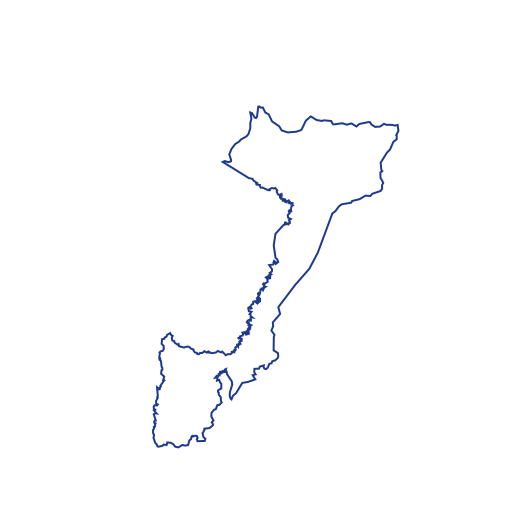 Pinogana, Darién, Panama (Albers equal-area conic projection), rotated 234°
{"feature_id": "35544464B85836861885504", "entity_name": "Pinogana", "entity_type": "district", "adm_level": 2, "iso_a3": "PAN", "parent_name": "Panama", "parent_adm1": "Darién", "projection": "albers", "projection_center": [-77.802, 8.304], "detail": "fine", "context": "isolated", "style": "outline", "palette": "blue", "viewbox_px": 512, "rotation_deg": 234, "n_neighbors": 0, "source": "geoboundaries", "source_scale": "gbopen_adm2", "svg_char_len": 6098}
<svg xmlns="http://www.w3.org/2000/svg" viewBox="0 0 512 512"><g transform="rotate(234 256 256)"><path d="M244.1,141.2L244.4,137.5L243.3,136.2L243.8,134.3L242.9,133.2L243.9,131.1L240.4,128.0L237.5,128.4L234.8,126.6L234.1,124.7L234.9,122.7L234.7,121.2L233.6,121.0L231.7,118.8L229.4,118.2L229.9,117.5L228.7,117.0L227.0,117.4L221.8,114.5L220.3,114.4L219.0,113.3L219.1,112.3L216.4,110.0L212.5,110.9L211.0,109.0L209.8,108.8L210.3,108.2L209.7,107.4L208.9,107.5L207.3,102.5L206.3,102.3L206.2,101.1L204.8,99.8L205.4,98.7L206.3,99.3L208.0,98.8L200.6,94.4L199.9,93.1L199.0,93.2L197.7,90.3L196.2,89.0L195.2,88.6L193.6,89.3L193.3,88.0L194.9,86.1L194.1,84.5L192.6,83.7L190.9,84.1L191.2,82.7L187.1,83.0L187.8,82.4L188.1,80.3L181.8,78.2L182.3,77.2L181.8,76.3L181.1,75.8L179.8,76.3L179.7,75.4L178.4,75.1L177.4,74.0L177.8,72.9L176.3,72.1L175.8,70.4L172.9,68.5L171.3,68.4L169.1,66.2L164.3,64.7L161.3,64.9L160.0,64.4L159.0,65.0L157.4,68.8L157.7,70.5L155.6,72.5L157.3,74.7L155.0,77.2L152.6,78.4L149.1,78.6L146.8,80.7L146.4,85.4L144.5,86.9L142.9,89.9L146.0,93.7L146.0,95.8L147.8,97.7L147.9,98.7L147.0,99.0L147.1,99.9L145.3,102.3L143.3,102.0L142.6,100.4L140.5,99.9L136.5,105.8L137.8,107.6L140.4,107.1L144.1,108.6L145.4,111.9L146.7,112.7L144.1,117.3L144.4,121.5L145.1,122.3L147.5,122.5L147.8,124.8L152.6,125.6L155.3,127.9L156.3,131.8L155.7,133.4L158.1,137.1L157.1,138.7L157.7,142.2L159.5,142.5L162.7,144.6L165.8,144.3L167.0,145.4L168.6,145.4L169.6,146.5L169.2,150.0L173.1,152.9L174.3,152.6L177.4,153.4L178.1,151.2L180.5,153.8L181.5,151.5L182.2,153.9L180.8,156.3L181.6,157.0L182.5,156.8L182.4,158.0L183.4,158.9L182.8,159.8L181.5,159.1L181.3,161.3L181.9,160.9L182.5,161.4L181.5,162.9L181.1,161.8L180.1,163.0L182.4,163.7L182.6,163.2L182.2,165.2L181.5,164.3L179.8,164.3L177.4,163.1L168.8,162.7L165.9,161.2L161.4,155.1L158.5,152.6L155.7,151.6L154.4,151.9L156.4,155.0L156.8,159.5L161.4,170.3L158.9,175.3L156.6,182.9L161.5,183.3L160.5,186.1L163.1,186.3L165.6,188.4L163.1,192.3L164.3,194.0L162.9,198.0L161.9,196.9L159.9,196.6L158.6,197.7L158.8,200.0L160.9,203.3L160.1,205.5L161.3,207.4L160.3,209.9L160.6,213.4L161.7,215.0L164.5,216.7L169.3,214.8L179.9,222.7L181.3,224.6L186.6,224.6L189.1,228.6L192.4,230.6L194.9,241.4L201.5,244.0L209.6,270.8L214.3,291.6L222.4,308.0L245.5,342.7L245.6,346.6L247.4,352.1L247.4,355.8L243.2,364.3L244.0,366.1L241.1,373.2L240.5,380.0L237.3,383.9L238.0,386.6L235.4,394.9L236.1,397.4L239.3,399.7L240.4,402.0L246.1,402.7L250.5,405.7L250.4,408.0L252.2,408.1L258.2,411.7L262.7,422.8L263.4,427.1L267.6,434.2L267.7,438.4L270.6,440.5L271.3,440.4L273.4,444.7L278.8,447.6L279.8,445.1L282.1,443.2L285.6,438.5L287.7,437.3L287.8,432.4L290.5,428.2L294.6,426.7L297.1,426.9L298.3,425.6L302.1,417.1L301.7,413.4L307.2,411.1L308.8,406.7L312.7,403.8L316.7,396.3L317.9,395.7L321.0,396.2L325.6,391.0L326.7,388.5L330.5,384.9L336.7,382.4L336.2,375.9L331.5,367.2L331.5,366.0L333.0,361.4L337.3,354.4L342.5,350.6L347.3,351.0L355.4,348.1L363.1,349.5L366.6,347.9L372.1,348.8L373.1,347.1L375.1,346.6L375.5,345.6L368.3,338.9L367.6,337.2L368.4,336.4L374.2,336.7L375.5,335.7L369.9,333.1L367.0,329.6L362.7,326.5L359.0,321.4L358.4,318.4L359.1,312.1L358.5,309.6L358.8,305.0L357.0,299.1L353.9,294.1L348.3,292.3L347.3,291.4L348.1,288.9L351.2,286.5L351.6,284.4L323.2,296.0L320.4,298.6L318.5,298.3L314.4,299.8L314.3,298.6L313.5,298.4L311.2,300.9L310.4,300.1L308.3,300.1L307.8,301.3L301.9,304.7L301.2,305.7L302.1,306.1L301.6,308.9L300.0,310.2L299.7,311.6L296.5,311.7L295.9,310.5L292.9,310.0L291.7,310.6L291.2,313.1L289.5,312.2L289.4,311.0L290.1,310.8L289.7,309.9L287.8,309.8L287.5,310.8L285.9,311.7L285.6,310.9L286.1,310.6L285.1,310.2L284.9,312.7L283.9,312.7L283.8,311.3L283.1,311.2L281.7,312.1L282.2,312.8L281.9,314.4L280.4,314.2L281.1,315.2L279.9,315.2L279.7,313.8L278.3,314.6L278.7,315.1L277.3,316.7L275.8,315.6L276.5,314.8L275.4,315.2L275.7,314.3L273.5,311.9L271.4,310.8L271.6,310.0L272.6,311.0L273.3,310.4L273.1,308.9L270.8,308.2L270.7,306.4L269.9,305.3L267.9,304.5L265.5,305.9L265.6,303.7L263.9,303.6L263.6,302.6L262.8,302.7L262.6,300.7L265.7,299.8L266.0,299.2L265.5,298.6L263.9,299.2L264.9,296.4L262.5,284.8L254.2,276.6L243.0,270.7L241.1,271.2L238.1,270.5L238.0,267.5L239.6,268.3L241.4,267.7L240.5,266.4L239.4,267.0L239.1,264.7L240.9,261.3L235.7,261.2L234.1,259.6L234.2,257.1L232.3,257.5L232.9,255.4L231.2,253.9L231.0,255.4L229.7,254.4L230.4,252.6L232.6,253.5L232.8,251.4L231.3,251.8L228.3,250.4L228.5,246.9L229.4,246.1L228.9,245.0L227.4,245.6L226.5,244.2L225.5,245.4L225.5,243.9L224.3,241.7L226.1,242.1L226.4,241.5L225.5,240.8L226.2,240.0L223.5,237.3L224.6,236.5L224.5,235.5L223.6,235.1L222.4,235.6L221.0,231.0L220.5,233.9L219.1,234.2L217.5,233.0L219.6,232.1L219.5,230.6L217.1,231.4L216.7,229.2L220.1,228.4L220.7,226.9L218.9,225.5L219.3,223.9L218.1,221.6L216.3,221.6L216.6,220.7L217.2,221.1L218.6,220.7L218.5,219.1L215.5,217.8L213.5,219.6L212.7,216.7L212.0,217.2L210.3,216.3L208.5,216.9L209.6,215.7L206.7,214.0L207.1,213.5L208.2,213.7L208.6,211.3L208.0,209.7L206.3,209.8L206.3,210.9L205.4,210.2L203.1,211.3L203.7,209.6L202.4,210.1L201.1,209.0L202.3,208.3L201.7,206.5L200.3,207.1L200.5,205.4L199.9,205.1L198.8,206.3L199.1,205.5L197.3,204.6L197.8,203.1L198.5,204.3L200.4,204.5L200.6,203.9L199.1,203.6L198.9,201.9L200.2,202.3L200.3,201.3L201.2,201.7L202.0,200.0L200.3,199.8L199.5,198.6L200.4,195.8L199.7,195.2L200.0,193.6L199.3,193.6L199.3,194.9L197.3,195.7L196.9,195.2L197.7,194.1L196.6,195.2L195.8,194.5L196.0,193.8L196.8,193.7L196.4,192.1L194.2,191.8L195.1,190.4L194.2,190.2L194.6,189.3L193.1,188.2L194.6,188.0L194.1,187.6L194.1,185.4L192.1,184.5L191.8,183.6L192.5,183.7L192.7,182.7L192.1,181.6L191.2,181.5L192.6,180.0L191.7,179.4L191.6,177.4L193.2,175.5L193.5,173.2L198.5,172.5L198.5,171.1L201.6,169.3L201.5,166.9L202.8,164.0L204.0,162.5L206.0,161.7L205.5,161.4L206.0,160.5L207.0,160.3L207.0,159.2L209.3,158.3L209.1,155.5L210.5,153.7L210.1,152.1L211.1,150.9L212.1,151.3L214.1,149.8L216.3,149.9L217.1,150.5L219.4,148.9L221.9,148.5L223.2,147.0L224.3,143.9L228.3,140.7L230.3,141.6L230.4,140.4L234.0,139.2L235.2,139.8L236.8,138.6L239.3,139.7L240.3,141.6L241.9,140.9L244.1,141.2Z" fill="none" stroke="#1e3a8a" stroke-width="2"/></g></svg>